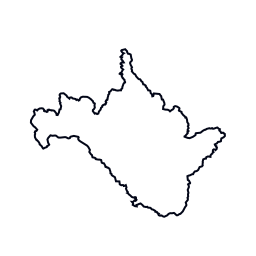 Mongmit, Shan, Myanmar (Natural Earth projection), rotated 287°
{"feature_id": "60261553B47927244306480", "entity_name": "Mongmit", "entity_type": "district", "adm_level": 2, "iso_a3": "MMR", "parent_name": "Myanmar", "parent_adm1": "Shan", "projection": "natural_earth1", "projection_center": [96.697, 23.526], "detail": "fine", "context": "isolated", "style": "outline", "palette": "ink", "viewbox_px": 256, "rotation_deg": 287, "n_neighbors": 0, "source": "geoboundaries", "source_scale": "gbopen_adm2", "svg_char_len": 5850}
<svg xmlns="http://www.w3.org/2000/svg" viewBox="0 0 256 256"><g transform="rotate(287 128 128)"><path d="M118.2,33.4L116.2,33.1L115.6,33.8L113.4,35.0L111.5,34.0L107.1,33.0L104.7,33.6L102.1,37.2L101.5,39.0L99.8,41.7L98.5,41.3L97.7,40.2L96.5,40.1L96.2,40.6L94.9,41.0L94.2,40.9L92.0,41.7L90.2,43.4L90.1,44.0L89.8,44.0L89.1,45.8L88.4,46.8L87.2,48.1L86.5,48.3L85.5,50.6L83.6,52.7L83.6,53.2L84.6,54.0L86.0,55.9L87.0,55.9L88.0,57.0L89.0,57.5L90.6,55.9L93.5,54.3L95.2,54.6L98.3,56.0L98.5,58.1L99.5,60.4L99.6,61.4L98.5,64.2L99.1,66.3L100.9,70.5L101.0,71.5L100.6,73.8L100.8,74.5L101.5,75.4L102.5,75.4L103.0,75.8L104.6,78.5L105.0,83.1L104.5,83.6L103.2,83.5L102.5,83.9L101.8,84.9L101.3,86.2L99.2,94.0L98.3,95.5L95.9,98.0L93.8,98.0L92.0,100.3L91.6,101.4L89.6,102.6L89.8,104.9L89.5,105.9L88.9,106.1L88.8,106.4L89.1,108.9L89.5,110.2L89.5,111.7L87.2,113.0L87.0,113.8L87.2,115.3L85.4,117.2L84.3,117.7L84.2,118.1L84.5,118.8L84.0,119.8L84.3,120.2L83.7,122.1L81.0,124.0L79.5,124.5L79.3,125.6L78.2,126.2L77.9,126.9L77.1,129.9L73.5,132.1L74.4,135.4L71.7,136.6L71.3,138.3L72.0,139.9L71.8,141.0L71.4,141.1L71.7,141.7L72.7,142.6L70.8,143.9L69.4,143.8L69.0,144.1L67.3,145.6L66.8,146.5L65.9,146.8L65.6,146.5L65.4,147.4L64.7,148.4L64.2,149.9L63.2,151.7L63.1,153.0L63.3,154.2L64.0,154.9L63.9,155.9L62.8,156.3L62.3,155.9L61.9,157.1L61.5,157.1L60.5,156.5L60.3,155.2L58.7,154.4L58.5,153.4L57.6,154.7L57.0,155.1L55.9,155.0L55.3,157.5L55.6,159.3L56.9,158.6L57.5,159.6L58.4,160.5L59.5,162.1L58.5,164.5L57.5,165.9L57.7,168.5L58.3,169.4L57.7,170.5L58.2,172.5L57.9,173.5L57.2,174.4L57.3,175.8L56.7,178.4L55.9,178.6L56.0,180.5L55.3,181.0L55.1,182.4L54.5,182.1L53.6,182.9L53.5,184.3L53.9,184.5L54.2,185.8L53.8,186.6L53.7,188.3L53.8,188.7L56.0,191.1L57.7,191.9L58.9,193.3L59.3,195.0L60.2,196.7L60.1,197.3L58.8,199.9L58.8,200.3L59.2,201.1L60.8,202.4L61.2,203.2L64.3,204.8L69.0,205.7L70.9,206.4L71.6,206.3L73.7,205.0L76.6,206.2L77.8,206.0L78.6,205.3L79.9,205.6L82.3,204.7L83.6,204.8L86.3,203.2L89.4,203.5L90.5,203.0L91.7,201.9L92.2,202.2L93.2,203.5L93.6,203.5L95.5,201.7L95.8,200.4L99.3,198.9L100.2,199.9L100.8,201.0L102.6,202.9L102.9,203.8L104.2,203.9L106.0,204.6L106.9,206.3L108.4,207.4L111.6,207.9L112.9,209.9L114.0,210.4L115.1,209.9L117.1,209.6L117.4,209.3L120.0,209.1L121.1,210.4L121.5,211.5L123.0,211.4L124.2,212.8L124.5,215.3L125.9,214.9L127.4,215.5L128.3,216.2L129.3,216.2L130.0,216.8L130.6,215.9L131.8,215.7L132.6,216.2L132.9,217.9L132.6,218.2L133.8,218.9L135.4,218.7L135.5,218.1L136.1,217.5L136.5,217.6L136.8,216.5L137.7,215.8L139.3,217.5L141.0,218.1L141.7,219.7L142.5,220.7L145.3,220.3L147.1,222.2L148.7,223.0L150.6,222.3L150.7,221.4L151.3,220.8L151.3,220.1L150.6,219.2L150.5,218.6L150.9,218.1L151.6,217.7L152.3,216.1L153.7,216.2L153.8,214.9L154.6,213.4L154.4,212.9L152.4,210.2L152.1,209.4L152.5,208.7L152.4,208.3L151.8,207.7L151.5,206.5L151.6,205.9L150.0,203.3L149.0,202.7L148.7,201.8L147.2,200.4L144.7,198.7L142.9,194.5L142.6,194.3L141.0,194.6L140.7,194.4L138.5,192.6L136.3,189.9L136.0,187.9L136.2,184.6L136.5,184.5L137.0,185.0L140.5,186.6L141.0,186.2L141.7,186.4L142.1,186.0L142.8,186.6L143.1,185.8L144.1,185.5L145.6,186.0L147.2,184.7L148.2,185.1L148.8,184.7L149.5,184.7L150.9,183.0L153.2,182.0L155.1,180.6L154.7,179.8L155.6,179.1L156.6,176.9L158.2,174.7L158.9,174.6L159.3,173.3L159.3,172.0L159.7,171.5L161.5,171.6L162.1,171.2L162.8,168.9L162.8,167.1L162.5,166.4L161.6,165.6L160.1,166.0L158.8,165.4L158.0,164.5L156.2,163.3L156.8,162.3L157.1,160.7L156.5,158.3L156.4,156.0L159.2,155.4L161.0,156.1L162.6,155.4L165.4,153.2L165.2,152.0L168.2,150.4L168.8,149.3L169.5,148.6L169.7,148.1L168.6,142.7L165.9,142.8L165.4,142.0L167.3,141.0L167.9,139.6L170.1,138.4L170.2,137.5L169.9,136.3L172.1,134.2L172.8,132.8L173.7,132.6L174.3,130.9L174.2,129.8L176.3,128.3L176.6,127.1L177.6,126.1L178.1,125.4L177.9,124.3L178.1,123.5L179.7,120.8L181.4,119.2L181.6,117.8L183.3,115.1L184.5,115.0L185.5,114.0L186.2,113.8L187.2,114.1L188.9,112.3L190.5,111.1L191.4,110.9L193.6,112.0L194.7,111.7L195.5,110.9L199.0,109.1L199.3,107.7L199.0,106.4L200.4,104.9L201.1,104.7L202.5,102.3L200.7,99.3L200.0,98.9L199.7,99.0L198.9,100.0L198.3,101.2L198.2,102.1L197.6,101.6L196.0,101.2L193.8,100.0L193.6,100.7L193.7,101.6L192.8,101.3L191.7,101.6L190.8,103.2L189.4,104.8L189.0,104.0L188.9,102.9L187.6,102.0L187.0,102.2L186.6,103.4L185.8,104.5L184.5,103.4L183.8,103.7L182.5,106.3L181.8,105.9L179.2,105.5L178.3,104.5L177.4,104.2L177.2,104.9L178.4,105.9L177.8,107.0L176.1,106.7L175.3,107.1L174.5,108.3L174.1,108.4L173.9,109.2L173.4,109.6L173.0,110.6L172.0,110.9L171.3,111.7L170.7,111.9L169.9,111.1L169.1,110.8L165.5,110.6L164.5,110.9L164.0,110.8L163.3,110.2L162.0,110.3L161.5,108.7L160.8,107.4L160.5,105.5L160.7,104.0L160.3,103.4L160.6,102.5L160.5,101.6L157.6,100.3L156.9,99.4L155.3,100.1L153.8,99.4L153.0,99.7L150.3,99.7L150.0,100.0L148.9,100.0L148.6,99.3L147.9,99.3L147.4,98.9L146.6,98.9L145.9,99.8L144.9,99.5L144.5,99.7L143.8,99.4L143.7,98.5L142.9,98.0L142.5,97.3L141.7,96.9L140.8,97.2L139.4,96.3L137.6,96.4L135.3,95.4L133.1,95.4L132.3,94.4L132.7,92.8L132.0,92.0L133.9,89.4L135.0,89.2L136.1,89.9L137.8,90.3L139.7,89.4L141.7,89.1L142.1,87.5L143.5,86.5L143.9,85.4L144.5,84.6L145.6,81.5L145.8,79.8L144.7,75.6L143.6,74.1L142.3,73.5L140.4,73.4L140.2,72.7L139.9,72.6L140.4,71.5L140.3,70.9L139.7,70.4L140.4,69.3L140.1,66.4L140.7,65.2L140.4,64.1L140.0,63.5L139.0,63.4L140.2,60.4L141.0,59.9L142.4,56.3L141.4,53.7L140.8,53.2L140.0,52.9L139.0,53.2L138.7,53.7L137.8,54.1L136.7,54.1L136.3,53.6L134.4,54.7L133.6,54.6L132.4,56.1L131.5,55.9L129.4,57.7L126.2,58.0L125.7,57.1L122.7,57.4L119.8,56.9L119.6,55.9L120.9,55.3L122.9,52.5L122.9,51.1L122.8,50.6L122.4,50.0L122.6,49.3L122.3,48.5L122.5,47.2L122.3,46.7L122.0,46.8L121.6,45.9L120.2,46.3L119.6,45.7L119.9,44.1L119.7,43.7L120.1,43.3L119.9,42.7L120.9,42.4L121.8,40.9L121.6,39.6L120.8,37.8L119.5,36.6L118.2,36.0L118.6,34.4L118.2,33.4Z" fill="none" stroke="#020617" stroke-width="2"/></g></svg>